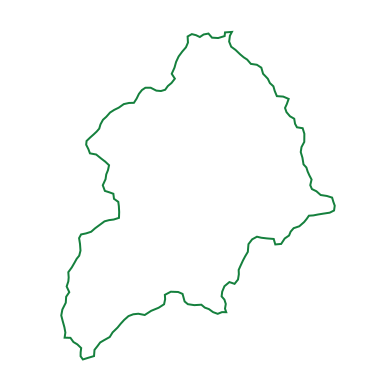 Piracema, Minas Gerais, Brazil, rotated 85°
{"feature_id": "56859067B5675405143241", "entity_name": "Piracema", "entity_type": "district", "adm_level": 2, "iso_a3": "BRA", "parent_name": "Brazil", "parent_adm1": "Minas Gerais", "projection": "robinson", "projection_center": [-44.418, -20.52], "detail": "fine", "context": "isolated", "style": "outline", "palette": "green", "viewbox_px": 384, "rotation_deg": 85, "n_neighbors": 0, "source": "geoboundaries", "source_scale": "gbopen_adm2", "svg_char_len": 2620}
<svg xmlns="http://www.w3.org/2000/svg" viewBox="0 0 384 384"><g transform="rotate(85 192 192)"><path d="M36.7,182.8L42.8,183.0L47.3,185.4L51.3,189.5L55.8,193.5L61.0,196.5L66.6,198.6L72.5,201.9L77.6,199.2L81.6,202.9L84.3,206.8L87.8,209.8L88.7,214.1L87.9,218.7L84.5,224.1L84.1,229.4L86.1,233.0L89.6,236.3L94.1,239.0L98.1,242.1L97.8,246.9L98.5,252.3L101.6,257.6L103.4,262.3L105.7,266.7L109.6,270.8L112.3,274.4L116.7,277.3L120.8,278.9L123.5,281.7L126.1,285.0L129.0,288.9L132.0,292.6L135.7,293.3L140.2,291.5L144.6,290.3L146.3,284.2L151.0,279.3L154.4,275.6L158.1,272.3L162.9,273.8L167.0,275.9L171.7,277.0L177.5,280.3L183.3,278.7L185.1,274.4L186.9,270.5L192.0,270.3L195.4,266.3L199.7,266.1L205.6,266.3L211.4,267.0L212.6,272.4L212.8,277.1L213.6,281.7L216.9,287.1L219.7,291.7L222.8,295.9L224.0,301.1L224.6,306.2L228.1,308.5L234.0,308.1L240.7,308.2L245.6,309.9L248.5,312.7L252.2,315.2L256.6,318.3L261.1,322.2L266.4,322.3L270.3,323.0L275.2,325.1L281.1,323.0L285.4,326.5L291.3,327.4L297.8,331.4L303.6,333.0L309.1,332.1L315.6,330.9L321.0,330.4L326.0,331.6L326.7,325.8L331.1,323.2L333.8,319.5L337.8,316.0L342.0,316.9L345.9,317.3L349.3,315.3L348.2,310.2L346.9,303.9L340.8,302.9L337.4,299.7L333.9,296.6L331.9,292.4L329.3,286.6L324.9,283.3L320.6,278.0L317.0,274.5L313.5,270.7L310.1,266.1L308.7,261.2L308.6,256.1L310.4,249.8L306.8,243.0L304.4,235.3L301.4,229.6L296.4,228.1L292.1,228.0L289.5,221.8L290.4,214.5L292.7,210.3L296.5,209.6L300.4,208.9L303.4,205.9L304.9,199.6L305.1,192.5L308.3,189.3L310.1,185.4L313.5,181.5L315.6,177.0L314.3,172.7L314.7,168.4L311.1,169.3L306.5,168.1L302.0,169.1L298.6,171.6L293.9,170.6L288.7,167.9L285.0,162.6L287.2,157.6L283.2,153.8L278.0,152.5L273.7,152.3L269.9,150.2L264.5,147.1L260.8,144.7L256.5,141.6L248.9,140.3L244.4,136.2L242.2,131.2L243.6,127.0L244.8,121.2L245.9,114.7L251.5,113.6L251.5,107.7L246.4,103.7L243.8,99.1L240.1,97.2L236.9,93.9L235.5,88.1L231.7,82.9L228.8,80.1L225.8,77.6L225.9,73.1L225.4,68.5L225.0,63.1L224.6,56.6L222.8,52.1L218.1,51.0L213.9,52.1L209.8,52.9L207.7,58.0L206.2,64.1L202.1,68.0L199.5,72.3L195.5,73.6L190.0,71.8L185.7,73.6L181.7,75.0L177.6,75.9L174.2,78.5L167.5,79.0L161.7,80.2L156.8,79.0L151.9,75.8L143.8,75.0L138.1,76.2L136.7,81.8L133.0,83.4L127.9,83.8L125.1,87.8L120.7,90.9L116.4,92.0L112.7,89.9L107.7,87.6L104.9,92.8L103.9,99.1L98.5,100.8L93.8,101.7L90.3,104.9L85.8,106.6L80.4,110.9L74.2,112.1L70.9,116.3L69.5,122.2L64.9,125.5L62.4,128.7L59.1,132.0L54.3,136.2L50.7,140.3L45.4,141.9L39.6,140.6L36.0,138.3L35.9,145.2L39.5,145.9L40.9,152.5L40.0,158.6L35.6,161.8L36.1,166.7L38.3,170.7L36.1,174.4L34.7,178.4L36.7,182.8Z" fill="none" stroke="#15803d" stroke-width="2"/></g></svg>